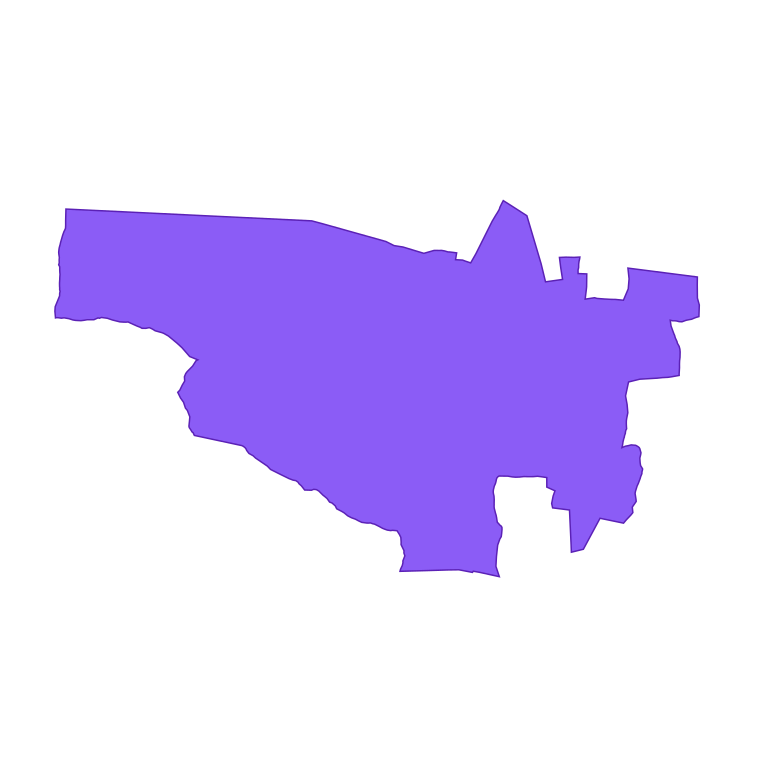 outline of Akil, Yucatán, Mexico, rotated 85°
{"feature_id": "50627088B40432744920645", "entity_name": "Akil", "entity_type": "district", "adm_level": 2, "iso_a3": "MEX", "parent_name": "Mexico", "parent_adm1": "Yucatán", "projection": "natural_earth1", "projection_center": [-89.34, 20.26], "detail": "fine", "context": "isolated", "style": "filled", "palette": "violet", "viewbox_px": 768, "rotation_deg": 85, "n_neighbors": 0, "source": "geoboundaries", "source_scale": "gbopen_adm2", "svg_char_len": 4707}
<svg xmlns="http://www.w3.org/2000/svg" viewBox="0 0 768 768"><g transform="rotate(85 384 384)"><path d="M344.3,64.4L332.8,63.0L325.7,64.3L312.6,63.3L304.7,62.5L289.8,130.9L300.6,130.7L310.5,132.4L321.4,138.2L319.9,146.2L319.5,150.2L318.5,157.2L317.3,164.4L316.4,166.7L317.0,176.2L307.0,174.1L304.9,173.7L292.0,172.4L290.9,181.0L287.8,180.8L286.8,180.6L285.2,180.0L283.5,179.8L281.5,179.6L278.8,179.0L276.4,178.2L274.6,177.8L274.5,181.2L274.4,183.7L273.5,191.7L273.2,198.2L283.6,197.8L295.4,197.0L296.3,214.2L277.9,217.0L228.8,227.0L216.8,242.5L211.7,249.2L214.8,251.2L218.0,253.1L220.0,253.9L222.9,255.9L225.5,257.9L231.2,262.0L262.1,281.0L270.9,287.1L268.7,292.2L267.4,294.9L266.4,301.9L259.7,300.2L258.9,303.7L258.2,307.1L258.0,308.7L257.7,309.5L256.7,312.1L255.9,315.1L255.8,317.3L255.5,320.0L255.3,322.5L257.3,332.9L249.2,353.1L247.0,361.9L242.2,369.7L218.9,431.5L215.2,441.7L182.0,685.6L193.4,686.9L198.1,687.3L201.1,687.7L202.8,688.6L204.2,689.5L205.7,690.2L207.9,691.2L214.9,693.9L216.6,694.4L219.5,695.5L221.3,696.0L224.4,696.6L226.5,696.6L229.7,696.4L232.0,696.8L235.1,697.0L236.9,697.7L238.7,696.9L240.1,696.9L241.8,697.1L244.5,697.2L246.6,697.2L249.8,697.7L251.5,697.9L254.8,698.4L255.8,698.5L258.5,698.7L259.9,698.7L261.8,698.9L263.4,698.6L265.4,699.2L268.0,699.5L278.3,704.8L282.8,705.5L289.5,705.5L289.4,705.2L289.5,703.1L290.3,699.7L290.2,696.9L291.5,692.1L293.1,688.3L293.8,685.5L294.2,682.6L294.5,680.4L294.4,677.5L294.1,674.1L294.7,667.4L293.2,663.1L293.7,661.8L293.1,659.7L294.4,653.9L296.6,648.9L299.1,641.7L299.6,638.3L299.9,635.7L299.9,633.5L301.4,631.0L304.8,624.9L306.2,622.0L307.4,620.3L307.8,616.5L307.4,613.0L307.9,611.9L309.3,609.6L311.0,607.4L313.6,600.5L314.5,598.8L317.4,594.6L325.1,586.8L330.2,582.1L339.7,575.2L343.7,567.4L344.4,569.2L349.5,573.1L354.4,578.9L356.3,580.6L359.4,582.2L363.7,582.3L367.4,585.0L372.4,588.0L374.3,590.2L380.3,587.9L384.7,585.3L390.7,583.9L393.2,582.2L399.8,580.3L404.3,581.1L409.0,582.0L410.5,581.8L412.2,580.8L415.2,579.3L415.7,578.5L418.7,577.4L433.0,530.9L433.9,529.5L435.3,528.0L436.3,527.3L437.0,527.0L438.2,526.6L441.4,524.6L444.1,520.6L446.6,518.4L455.6,507.4L459.2,504.5L465.0,495.1L470.0,486.8L470.8,485.1L471.8,483.1L472.6,480.2L474.4,478.1L475.9,477.4L478.2,475.2L480.2,473.9L482.7,472.3L483.1,468.9L483.5,465.5L482.8,463.2L483.3,460.6L484.9,458.3L489.4,454.5L490.7,453.1L493.1,450.7L496.9,448.5L498.0,446.2L501.1,443.2L504.2,442.0L507.3,437.1L509.0,434.8L512.1,431.7L514.4,428.1L516.2,424.2L518.0,421.5L519.9,418.2L521.0,413.3L521.2,411.3L521.2,409.7L522.2,407.5L522.8,405.6L525.5,401.2L527.6,398.1L528.7,395.9L529.8,393.5L530.6,390.2L530.5,388.2L531.3,383.8L535.4,381.7L538.3,380.6L543.1,380.7L545.5,381.0L551.8,378.6L554.1,378.9L557.0,378.2L561.9,380.6L563.7,380.7L566.4,381.6L570.0,383.7L572.0,384.4L573.6,357.7L574.8,336.7L575.6,325.6L579.4,312.3L578.3,311.4L579.8,305.7L586.0,285.9L575.4,288.4L565.6,287.0L554.4,284.8L548.5,282.1L546.3,280.5L543.1,279.8L539.1,279.1L537.1,279.0L535.8,279.6L534.4,281.1L533.0,282.0L531.6,283.2L531.1,283.2L530.1,283.3L526.6,283.5L526.0,283.6L524.9,283.7L524.2,283.8L522.4,284.2L517.9,284.9L517.6,285.0L515.5,285.0L513.9,284.8L512.5,284.7L509.8,284.4L509.1,284.3L505.6,284.2L505.4,284.2L504.3,284.3L503.9,284.4L503.1,284.5L501.7,284.6L500.3,284.5L498.8,284.2L497.1,283.6L495.5,283.1L494.4,282.5L493.9,282.2L492.5,281.5L490.5,280.8L489.3,280.5L488.7,280.3L487.4,279.7L486.4,278.7L485.7,277.4L486.6,268.6L487.7,264.5L488.3,261.0L488.5,256.9L488.4,252.6L488.9,248.3L489.3,243.4L489.3,239.1L490.4,234.1L491.4,230.0L500.9,230.8L505.3,223.0L510.4,225.3L517.7,227.4L522.1,226.8L525.7,210.2L560.0,211.6L567.9,212.0L566.0,199.8L536.6,180.5L543.5,157.5L540.4,154.4L536.0,149.4L533.8,147.3L528.3,147.4L523.0,143.0L521.0,143.0L514.8,143.4L512.7,142.8L510.3,141.8L507.6,140.7L505.2,139.3L503.5,138.5L500.6,137.1L498.5,136.3L495.8,134.9L494.1,134.7L491.9,133.9L491.0,133.8L487.6,135.5L484.5,135.7L480.1,135.6L476.9,134.5L474.9,134.0L470.7,134.8L469.6,135.3L468.6,136.3L467.7,137.5L467.0,138.6L466.2,143.1L466.7,146.0L467.0,149.0L468.1,152.5L465.8,151.7L462.3,150.9L460.9,150.4L459.6,150.0L457.8,149.2L457.7,149.2L456.5,148.9L454.0,147.8L452.9,147.7L450.9,147.0L449.8,146.2L447.9,146.2L445.0,146.1L441.9,145.8L439.3,145.2L433.9,143.6L425.6,143.6L416.9,144.4L403.3,140.2L401.5,128.7L402.0,111.4L401.9,106.0L402.1,100.7L401.9,97.0L401.2,89.2L399.6,89.1L393.6,88.2L389.8,87.9L386.6,87.5L383.3,86.8L377.9,86.2L375.1,86.2L372.2,86.7L368.9,88.2L367.3,88.4L363.4,89.8L360.7,90.3L359.7,90.7L357.2,91.4L351.2,93.0L345.4,93.3L346.2,90.9L346.4,88.6L346.8,86.8L347.6,84.6L348.0,81.7L347.0,78.0L346.8,77.0L346.5,74.3L346.3,71.9L345.4,69.2L344.9,67.4L344.3,64.4Z" fill="#8b5cf6" stroke="#5b21b6" stroke-width="1.5"/></g></svg>